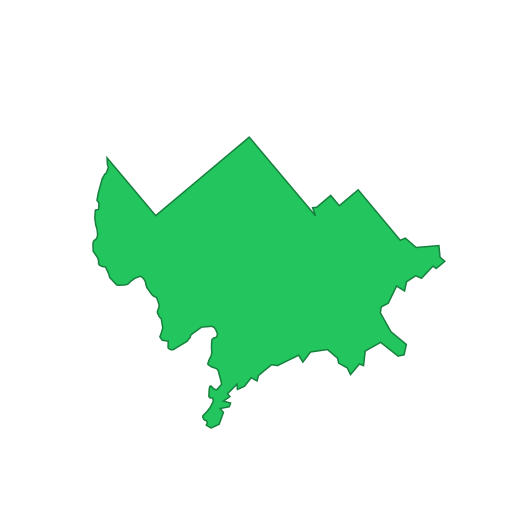 outline of Jackson, Oklahoma, United States of America, rotated 50°
{"feature_id": "52423323B19658065056773", "entity_name": "Jackson", "entity_type": "district", "adm_level": 2, "iso_a3": "USA", "parent_name": "United States of America", "parent_adm1": "Oklahoma", "projection": "equal_earth", "projection_center": [-99.395, 34.598], "detail": "fine", "context": "isolated", "style": "filled", "palette": "green", "viewbox_px": 512, "rotation_deg": 50, "n_neighbors": 0, "source": "geoboundaries", "source_scale": "gbopen_adm2", "svg_char_len": 2312}
<svg xmlns="http://www.w3.org/2000/svg" viewBox="0 0 512 512"><g transform="rotate(50 256 256)"><path d="M338.3,130.1L336.7,135.4L271.0,135.2L271.0,159.9L257.6,159.8L257.7,178.2L255.4,181.6L263.6,184.6L160.6,184.8L160.6,306.9L85.1,307.0L90.1,310.8L93.3,312.2L96.3,317.7L96.1,319.3L98.0,324.2L106.7,336.8L111.2,342.1L114.3,342.2L118.6,346.0L118.9,346.6L118.9,347.2L117.7,349.1L117.9,349.9L123.3,355.1L129.0,358.7L133.5,360.7L137.7,363.5L139.4,365.5L139.9,366.6L140.3,368.3L140.0,370.1L140.9,372.1L143.0,374.0L147.8,377.7L155.5,378.4L158.4,379.6L160.7,381.5L162.1,381.8L163.5,381.4L165.7,380.2L167.6,378.3L175.6,380.5L178.4,381.9L188.7,381.3L190.2,379.9L193.9,375.0L194.8,373.3L195.2,372.0L194.9,368.1L195.3,362.7L197.1,357.7L199.5,356.8L201.5,356.7L204.7,357.3L207.3,358.8L210.2,359.9L218.4,360.6L221.0,360.2L223.6,358.9L225.0,359.2L231.1,361.6L232.3,362.7L233.5,364.4L235.1,367.2L236.5,368.2L240.6,369.1L241.6,369.1L243.3,369.0L251.1,373.6L254.3,378.3L256.1,381.6L260.3,382.0L264.8,378.0L269.7,382.3L270.4,382.4L272.2,381.9L273.6,381.0L274.6,379.5L277.0,363.9L276.0,358.5L274.9,357.3L274.7,356.5L274.7,353.6L275.5,343.4L281.5,335.0L283.8,334.0L286.3,334.1L290.9,335.6L292.6,337.9L292.5,339.1L291.7,340.9L291.6,341.8L291.7,343.4L294.4,346.2L298.3,349.6L301.3,351.6L303.6,354.5L305.5,358.9L307.5,362.1L308.0,362.4L308.8,362.4L312.3,361.4L316.2,359.0L318.0,358.4L320.0,358.8L331.0,364.1L332.2,365.1L333.2,372.0L332.2,372.9L330.8,373.7L326.8,374.0L326.2,374.6L326.4,375.5L327.9,377.4L333.3,382.4L335.0,382.5L336.4,381.0L337.4,380.5L340.0,382.4L342.4,388.0L343.6,393.2L344.1,398.5L344.3,399.4L345.5,400.5L347.1,400.9L348.9,400.8L349.8,400.0L350.8,399.9L352.6,400.6L353.6,402.8L358.9,401.0L361.2,392.4L354.9,381.5L349.8,381.5L354.3,373.4L352.3,370.0L346.2,374.2L346.9,366.3L343.2,366.4L342.0,353.0L346.3,356.0L348.4,348.6L346.2,337.9L352.4,335.5L349.1,331.0L349.3,314.0L353.8,309.9L359.4,287.1L367.4,288.3L364.6,275.9L373.6,261.4L386.7,259.2L391.2,261.5L400.5,258.0L407.6,259.8L405.2,246.2L409.1,244.1L399.0,233.4L402.3,216.0L424.0,211.5L426.9,206.1L420.4,197.7L400.9,201.3L379.5,197.3L375.5,192.8L377.2,185.1L369.4,167.6L378.3,164.7L372.5,157.3L373.8,146.4L379.5,143.5L377.5,127.0L381.4,126.0L381.4,114.8L375.2,115.8L365.6,109.2L352.4,127.9L338.3,130.1Z" fill="#22c55e" stroke="#15803d" stroke-width="1.5"/></g></svg>